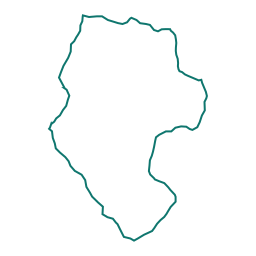 Agdash District, Ağdaş, Azerbaijan (Natural Earth projection)
{"feature_id": "54616110B75800990015815", "entity_name": "Agdash District", "entity_type": "district", "adm_level": 2, "iso_a3": "AZE", "parent_name": "Azerbaijan", "parent_adm1": "Ağdaş", "projection": "natural_earth1", "projection_center": [47.449, 40.556], "detail": "fine", "context": "isolated", "style": "outline", "palette": "teal", "viewbox_px": 256, "rotation_deg": 0, "n_neighbors": 0, "source": "geoboundaries", "source_scale": "gbopen_adm2", "svg_char_len": 1758}
<svg xmlns="http://www.w3.org/2000/svg" viewBox="0 0 256 256"><path d="M170.1,29.2L166.1,29.1L161.7,29.3L158.0,31.3L154.0,30.0L149.9,24.9L146.0,24.0L140.1,23.2L136.5,20.0L131.4,17.8L130.0,18.7L127.1,22.3L122.5,24.0L118.0,23.1L113.5,21.7L107.9,20.0L102.0,16.3L97.3,16.3L89.0,17.0L82.9,15.4L82.7,16.6L82.3,21.3L80.4,25.4L80.2,30.8L78.0,34.7L76.2,37.4L74.2,41.2L71.0,44.3L70.7,51.6L68.2,57.8L63.5,65.8L61.0,72.1L59.0,77.6L64.6,88.1L64.3,88.1L66.6,89.7L69.3,95.7L67.9,99.7L66.2,105.9L63.0,110.0L59.9,115.4L56.2,118.4L54.2,121.7L51.4,123.9L51.3,123.7L50.9,124.9L49.9,127.7L49.1,128.8L52.0,131.3L52.8,137.9L54.8,143.4L55.8,148.4L59.9,152.5L65.3,157.1L68.6,161.2L70.4,165.8L74.8,170.9L81.6,174.7L85.2,180.1L86.4,186.9L90.1,192.9L92.1,196.6L98.1,202.5L102.9,206.7L102.5,214.2L107.5,217.2L112.9,218.7L115.9,222.6L117.5,224.1L119.8,228.8L120.9,231.0L123.9,236.9L130.4,238.5L133.5,240.3L134.0,240.6L137.8,238.5L144.1,234.7L147.4,233.2L152.1,231.0L154.2,228.2L157.0,223.9L157.7,223.1L160.6,220.0L164.2,217.0L166.5,213.9L168.3,210.8L170.7,206.9L175.6,201.7L175.6,200.8L175.6,196.8L174.8,194.7L170.4,190.0L168.2,187.2L164.3,183.1L159.1,181.2L154.8,179.4L154.1,178.3L150.2,174.5L148.9,171.1L149.5,165.5L149.9,160.3L151.8,155.8L153.0,151.6L154.1,146.7L155.2,140.8L156.0,137.3L159.2,134.8L165.9,131.4L171.3,131.4L175.4,127.7L181.1,126.4L186.3,126.7L189.7,129.0L192.4,129.9L193.5,129.3L197.3,127.2L199.7,122.2L201.9,115.5L204.8,110.4L204.5,101.9L206.3,98.3L206.9,96.0L205.9,91.9L202.1,82.8L201.3,79.8L198.7,80.4L195.2,78.9L192.4,77.7L187.9,75.8L184.9,74.4L182.1,72.1L179.5,71.2L178.5,69.2L177.9,66.2L178.1,63.1L177.7,58.8L176.3,54.8L175.8,51.0L175.9,47.6L176.3,43.0L175.9,39.3L175.2,35.3L173.1,32.6L170.8,30.7L170.1,29.2Z" fill="none" stroke="#0f766e" stroke-width="2"/></svg>